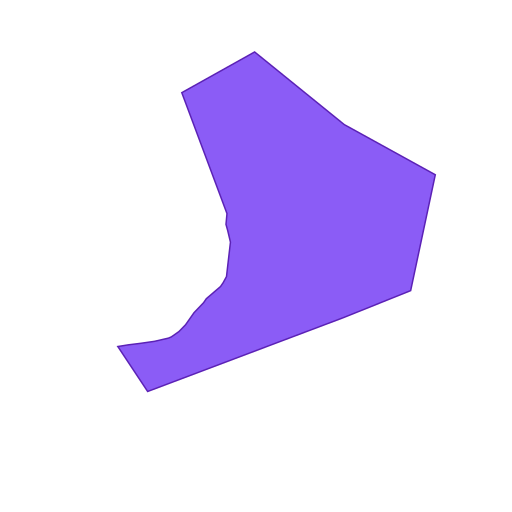 Erdenebulgan, Arhangay, Mongolia, rotated 212°
{"feature_id": "93677404B46470302769704", "entity_name": "Erdenebulgan", "entity_type": "district", "adm_level": 2, "iso_a3": "MNG", "parent_name": "Mongolia", "parent_adm1": "Arhangay", "projection": "albers", "projection_center": [101.475, 47.502], "detail": "fine", "context": "isolated", "style": "filled", "palette": "violet", "viewbox_px": 512, "rotation_deg": 212, "n_neighbors": 0, "source": "geoboundaries", "source_scale": "gbopen_adm2", "svg_char_len": 493}
<svg xmlns="http://www.w3.org/2000/svg" viewBox="0 0 512 512"><g transform="rotate(212 256 256)"><path d="M276.1,83.7L149.1,250.2L106.5,308.6L147.0,419.9L250.8,414.2L365.3,428.3L405.5,355.2L303.1,276.6L298.2,266.9L293.5,262.6L285.0,254.2L274.5,232.1L270.1,222.9L269.7,215.8L269.9,211.3L275.5,193.5L275.7,188.6L278.5,175.1L279.3,160.3L281.3,151.1L284.9,142.6L286.7,140.0L296.8,129.9L307.7,120.7L317.2,113.0L325.2,106.0L276.1,83.7Z" fill="#8b5cf6" stroke="#5b21b6" stroke-width="1.5"/></g></svg>